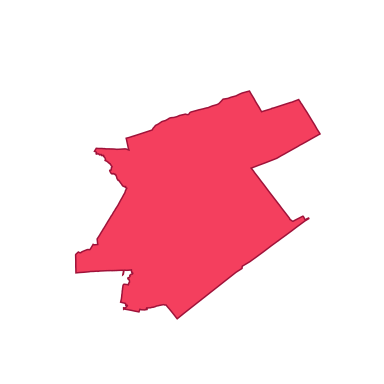 the district of Branistea, Mehedinti, Romania, rotated 321°
{"feature_id": "2599482B17311395711946", "entity_name": "Branistea", "entity_type": "district", "adm_level": 2, "iso_a3": "ROU", "parent_name": "Romania", "parent_adm1": "Mehedinti", "projection": "albers", "projection_center": [22.991, 44.246], "detail": "fine", "context": "isolated", "style": "filled", "palette": "rose", "viewbox_px": 384, "rotation_deg": 321, "n_neighbors": 0, "source": "geoboundaries", "source_scale": "gbopen_adm2", "svg_char_len": 5794}
<svg xmlns="http://www.w3.org/2000/svg" viewBox="0 0 384 384"><g transform="rotate(321 192 192)"><path d="M183.4,282.2L184.4,281.3L184.5,281.3L192.6,282.5L193.7,282.6L209.5,283.4L219.8,283.7L244.4,284.9L251.4,285.1L261.8,285.6L266.0,286.2L266.2,285.6L264.9,285.2L263.2,284.9L262.9,284.8L262.7,284.6L262.5,284.3L262.5,283.9L262.9,282.5L263.1,281.3L263.1,280.8L263.0,280.6L262.7,280.5L253.7,278.6L252.1,278.4L251.8,278.1L251.3,276.4L251.2,275.9L250.8,275.0L250.8,274.7L251.1,274.4L251.2,274.0L251.3,271.0L251.4,266.6L251.5,261.0L251.7,257.0L251.7,255.8L252.1,239.3L252.4,232.3L252.5,226.8L252.7,222.2L252.8,216.1L253.0,214.3L253.0,210.7L260.4,213.1L267.8,215.6L279.2,219.2L284.0,219.9L288.2,220.7L290.2,221.0L303.0,223.2L305.5,223.5L307.8,224.0L326.1,227.1L328.0,227.5L328.1,227.3L328.3,225.7L328.7,222.0L329.6,216.7L330.0,213.3L331.5,202.4L331.9,198.3L332.5,193.3L332.6,192.5L332.5,192.0L332.7,190.7L332.8,190.4L332.9,189.5L333.0,187.7L333.1,187.3L328.3,185.7L326.2,185.1L325.3,184.6L319.9,182.5L307.9,177.9L307.5,177.7L307.2,177.4L306.5,177.2L305.9,177.2L296.6,173.4L296.8,171.8L297.4,168.6L297.9,164.5L298.3,161.5L298.9,158.6L299.7,152.5L300.2,149.7L297.8,148.6L293.2,146.6L290.4,145.8L287.7,145.2L286.9,145.1L284.2,143.9L282.0,142.9L278.9,141.9L275.4,139.9L274.8,139.5L274.5,139.4L273.9,139.5L272.0,139.8L268.7,140.2L267.8,140.1L266.9,139.9L266.2,139.7L262.0,137.9L259.5,137.1L257.9,136.7L257.5,136.6L256.4,135.9L254.0,134.8L253.4,134.6L252.0,133.9L250.3,133.1L249.4,132.6L245.9,131.1L241.8,129.3L240.9,129.0L240.3,129.0L238.5,129.5L238.0,129.5L237.4,129.2L237.0,128.8L236.7,128.5L236.1,127.6L235.7,127.2L235.2,127.0L230.5,124.7L227.8,124.0L226.0,123.2L224.7,122.6L222.7,121.2L221.7,120.7L221.2,120.5L220.2,120.3L218.8,120.2L216.2,119.7L215.5,119.4L214.2,118.8L212.8,118.3L208.9,118.0L207.7,117.8L205.6,117.3L205.3,117.3L204.4,117.6L201.9,118.0L201.2,118.3L200.3,118.6L199.9,118.7L196.0,117.2L185.0,113.0L176.2,109.5L174.1,108.5L174.4,108.7L174.4,109.4L170.3,117.5L169.9,118.4L169.4,119.6L168.8,118.7L167.8,117.0L166.9,116.2L162.8,113.3L160.4,111.5L158.3,109.4L153.5,105.3L152.3,104.4L151.4,103.3L150.6,102.7L149.2,101.3L146.9,99.5L145.1,97.8L141.8,99.0L142.1,99.5L142.4,100.1L142.7,101.0L142.6,101.3L141.8,101.7L141.5,102.0L141.6,102.4L142.0,102.5L142.6,103.0L143.3,103.6L143.5,103.7L143.4,104.2L143.5,104.9L143.6,105.1L143.8,105.3L144.2,105.3L144.9,105.5L145.1,105.8L145.0,106.1L144.8,106.6L144.8,107.0L145.0,107.2L145.4,107.4L145.9,107.4L146.2,107.8L146.3,108.0L145.7,108.9L145.9,109.3L145.8,109.7L145.9,110.2L145.8,110.6L145.7,111.1L145.4,112.1L145.0,112.6L144.8,112.7L144.7,112.5L144.3,112.8L145.0,114.2L145.2,114.5L145.2,114.8L145.4,115.7L145.6,116.3L145.5,116.6L145.6,117.0L145.9,117.7L145.8,117.9L145.9,118.2L146.2,118.5L146.0,118.9L146.0,119.8L146.0,120.1L145.8,120.4L145.8,120.9L145.9,121.9L145.7,122.1L144.7,122.4L144.3,122.6L144.2,122.9L144.0,123.2L143.0,124.0L142.8,124.0L142.7,123.8L142.2,123.5L142.0,123.4L141.5,123.6L141.3,124.2L141.0,125.6L140.9,126.7L141.1,127.2L141.2,127.6L141.6,127.8L141.8,127.8L141.9,128.0L142.0,128.2L142.5,128.2L142.6,128.5L142.9,129.3L143.3,129.4L143.4,129.9L143.2,130.6L143.6,131.1L143.3,131.6L142.9,132.8L142.1,134.5L142.1,135.1L142.0,135.8L142.1,136.0L141.9,136.3L142.0,136.6L142.4,136.9L142.5,137.2L142.4,137.6L142.3,137.8L142.3,138.1L142.3,138.4L142.3,138.9L142.2,140.1L142.2,141.5L142.0,142.6L142.1,142.8L142.0,143.6L142.2,144.3L142.3,144.3L142.7,145.0L143.7,145.9L143.1,146.2L143.1,146.4L143.7,148.0L141.1,149.1L140.2,149.8L138.4,150.8L138.0,150.8L134.0,152.5L131.6,153.4L125.9,155.8L121.5,157.2L120.5,157.7L119.4,158.0L118.7,158.2L117.8,158.5L117.2,158.8L115.5,159.5L114.7,159.6L111.2,160.9L107.7,162.1L105.9,162.8L104.4,163.3L103.6,163.7L102.8,163.9L101.0,164.6L100.4,164.7L97.5,165.8L95.9,166.3L95.5,166.5L94.3,166.9L93.7,167.2L88.7,168.8L85.7,173.5L82.9,171.6L82.3,170.9L82.2,170.5L80.6,171.1L76.7,172.5L76.3,172.5L75.1,171.4L74.6,171.0L74.2,170.8L70.0,169.5L68.3,169.1L67.9,169.1L67.7,169.2L67.3,169.2L66.6,168.6L66.3,168.0L65.9,167.1L62.7,167.3L62.0,167.6L58.4,172.3L56.7,174.4L54.5,177.1L53.5,178.5L50.9,181.8L53.9,183.8L57.3,186.2L60.6,188.4L62.3,189.5L63.3,190.0L63.7,190.4L64.3,190.8L65.4,191.7L67.9,193.4L68.6,194.0L69.0,194.3L69.0,194.5L70.5,195.3L76.1,199.4L79.6,202.1L80.1,202.6L84.2,205.7L84.8,206.1L87.2,207.9L89.1,209.4L89.2,209.7L89.3,210.0L89.2,210.2L89.1,210.3L87.5,211.7L86.3,212.6L86.1,212.8L86.6,212.8L87.1,212.5L89.5,210.4L90.1,210.1L90.6,210.5L91.6,211.5L92.8,212.4L94.6,213.6L95.9,214.4L95.7,214.7L95.2,215.1L95.1,215.3L95.1,216.0L94.6,216.5L94.9,217.8L94.5,218.1L94.3,218.2L93.7,218.1L93.3,217.7L92.9,217.6L92.5,217.6L92.1,217.8L91.7,217.6L91.4,217.6L91.1,217.7L90.9,218.0L90.8,218.5L90.5,218.6L89.2,218.9L88.9,218.7L88.5,218.4L88.0,218.5L87.8,218.7L87.6,219.1L87.6,219.8L87.7,220.0L87.7,220.4L87.9,220.8L87.8,221.1L87.5,221.5L87.4,221.8L86.7,222.7L86.5,222.9L85.5,223.0L84.9,223.4L84.5,223.9L84.1,224.1L83.3,223.1L81.5,221.2L80.9,220.8L80.3,220.9L79.6,221.2L77.1,223.5L76.8,223.9L75.4,225.1L74.1,226.6L73.5,227.1L72.4,228.1L71.9,228.7L69.8,230.7L67.2,232.7L69.8,236.2L70.0,236.5L69.8,236.9L69.8,237.4L70.0,237.7L69.8,237.9L69.2,238.3L69.2,238.5L69.2,238.8L69.4,238.9L70.1,239.1L70.3,239.2L70.4,239.5L70.1,239.8L68.6,239.9L67.9,240.1L66.8,239.9L66.4,239.7L66.3,239.0L66.0,238.9L65.2,240.0L65.4,240.0L67.2,242.1L68.2,243.2L70.3,245.7L72.7,248.7L75.3,251.8L77.7,250.4L78.6,251.7L81.3,254.1L81.9,254.1L82.4,254.4L82.5,254.6L82.9,255.0L83.2,254.9L82.9,254.5L83.0,254.2L83.8,253.6L87.1,256.0L88.1,256.3L88.6,256.6L89.0,257.0L91.1,257.9L92.7,258.3L94.1,259.1L95.4,259.7L97.9,261.0L99.1,261.7L99.4,262.1L99.7,262.7L100.7,263.4L100.7,266.1L100.8,268.6L100.8,271.3L100.8,273.5L100.7,279.6L100.7,281.2L109.3,281.2L175.8,282.1L182.7,282.9L182.9,282.8L183.4,282.2Z" fill="#f43f5e" stroke="#9f1239" stroke-width="1.5"/></g></svg>